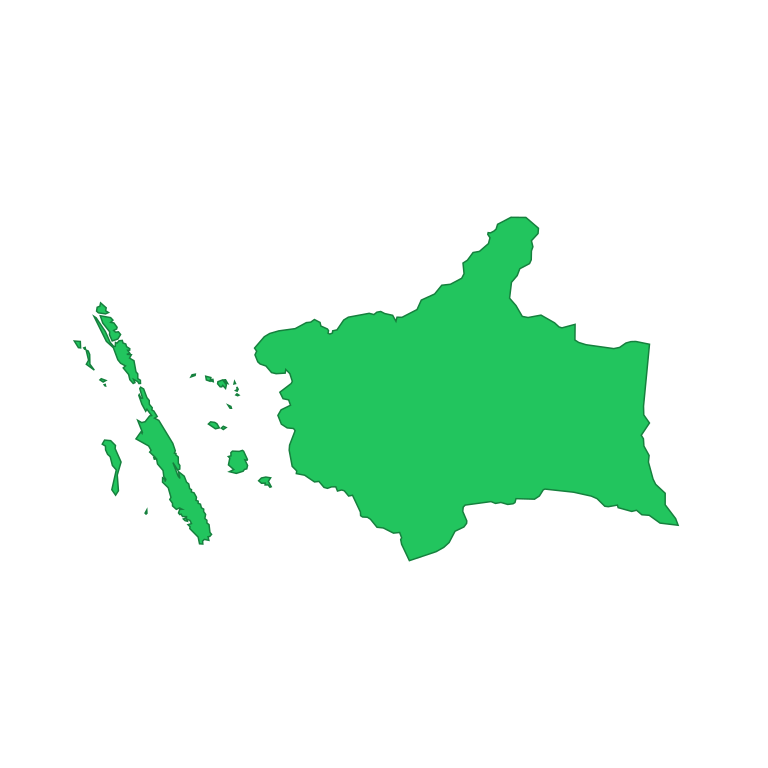 Hai Ha, Quảng Ninh, Vietnam (Equal Earth projection), rotated 99°
{"feature_id": "81297802B53592665760601", "entity_name": "Hai Ha", "entity_type": "district", "adm_level": 2, "iso_a3": "VNM", "parent_name": "Vietnam", "parent_adm1": "Quảng Ninh", "projection": "equal_earth", "projection_center": [107.715, 21.448], "detail": "fine", "context": "isolated", "style": "filled", "palette": "green", "viewbox_px": 768, "rotation_deg": 99, "n_neighbors": 0, "source": "geoboundaries", "source_scale": "gbopen_adm2", "svg_char_len": 6189}
<svg xmlns="http://www.w3.org/2000/svg" viewBox="0 0 768 768"><g transform="rotate(99 384 384)"><path d="M218.2,304.8L220.0,304.9L223.0,302.2L229.0,302.8L238.1,310.5L240.2,316.6L248.7,321.0L252.2,324.9L262.5,322.2L267.4,323.8L275.1,334.0L277.4,342.4L287.2,348.1L295.3,360.3L305.3,363.0L315.3,376.6L316.0,381.6L320.2,382.0L314.8,386.2L314.3,394.3L312.9,398.6L314.2,402.3L317.0,404.8L316.5,409.7L323.6,429.7L327.1,433.8L337.9,438.9L339.5,443.0L341.7,442.9L343.2,445.3L342.6,447.2L340.0,447.1L338.5,448.5L336.6,455.4L333.2,456.8L331.2,462.8L334.4,466.1L335.5,470.3L343.2,480.4L348.0,496.3L352.0,504.8L356.0,509.6L368.8,517.5L371.5,514.9L375.4,516.0L381.9,512.1L383.6,509.5L384.7,503.4L390.3,496.9L390.7,492.2L388.7,483.3L385.0,483.3L388.5,478.6L395.7,475.0L398.0,475.7L408.4,485.6L414.3,481.4L414.6,475.7L419.6,473.0L425.6,481.6L431.6,483.9L439.7,479.1L442.5,472.8L442.1,466.4L444.0,464.5L459.1,467.7L464.2,467.3L479.7,461.8L483.5,456.6L486.2,456.6L486.5,448.1L491.6,437.3L490.4,433.0L495.5,427.1L495.9,423.5L493.8,419.7L493.1,415.5L497.0,413.2L495.3,409.2L495.7,406.5L500.2,401.4L498.8,397.7L514.1,387.3L517.7,386.5L518.7,384.4L518.2,379.5L519.7,376.2L526.6,368.5L526.3,362.2L529.8,351.3L528.2,345.3L533.2,342.5L535.0,343.2L539.6,341.5L554.5,331.3L541.4,306.2L535.9,299.3L530.4,294.9L518.3,290.8L512.7,282.7L508.7,280.6L506.3,280.8L497.5,286.3L493.2,286.5L490.9,284.9L483.4,259.9L484.5,255.2L482.7,250.0L483.6,243.0L482.1,237.8L480.6,236.1L476.6,235.7L474.2,217.3L470.3,213.0L463.5,210.1L462.6,208.5L461.2,179.8L462.3,161.7L463.9,155.6L470.2,146.8L470.1,143.3L467.1,134.5L469.5,133.4L471.1,119.4L469.2,114.8L472.8,108.9L472.2,101.5L478.2,89.6L477.5,71.4L471.3,74.9L459.3,87.4L447.9,89.2L440.6,100.0L435.8,103.4L419.8,110.6L413.1,111.0L404.6,117.6L397.5,119.2L394.4,121.9L381.0,115.7L373.9,122.6L365.3,124.2L303.2,128.0L302.6,142.0L303.5,146.7L305.7,151.5L311.0,157.0L313.1,162.6L313.6,190.6L312.5,198.2L310.7,202.3L295.2,204.6L300.7,217.0L300.3,220.0L296.9,225.1L291.4,239.7L295.8,252.1L295.6,258.0L285.9,265.9L279.6,273.4L263.6,274.0L256.1,269.4L248.9,267.9L242.3,259.1L238.3,258.0L229.5,259.2L225.2,258.4L219.4,260.8L211.3,255.4L206.0,255.8L197.3,269.9L199.5,284.7L208.5,296.8L213.5,297.5L215.8,299.4L218.1,302.5L218.2,304.8ZM562.3,533.9L561.9,532.3L559.5,530.8L557.8,532.7L550.3,534.8L548.9,537.2L546.3,537.6L544.9,539.9L540.7,539.8L538.2,542.2L535.8,542.5L534.8,545.0L531.4,546.5L530.9,548.9L528.8,549.2L528.3,551.5L525.2,551.5L521.2,554.6L520.7,557.4L518.5,557.6L517.7,559.6L513.3,561.2L511.8,563.7L506.3,566.9L502.7,573.3L509.2,570.8L506.9,573.1L494.6,580.2L501.3,574.3L500.0,572.4L496.4,572.9L494.5,574.7L488.3,575.8L486.6,578.5L485.2,578.6L485.1,580.2L482.6,579.7L475.7,583.3L455.2,600.7L453.6,605.3L451.6,602.9L446.7,607.1L445.9,609.2L443.7,609.2L440.7,612.6L437.0,613.3L434.5,616.1L426.5,620.6L425.2,623.9L426.8,624.5L435.7,620.3L436.1,621.8L432.7,624.1L433.6,624.4L441.8,620.0L448.2,615.1L446.0,614.2L451.5,608.6L452.2,610.5L458.6,614.0L460.0,617.3L458.4,621.6L469.6,615.0L470.7,615.2L469.3,616.6L477.0,620.4L482.0,606.8L485.9,603.7L487.9,604.8L492.5,598.1L493.4,598.2L493.0,599.7L494.2,599.1L493.6,596.9L498.4,595.2L504.0,588.7L509.9,587.0L512.2,584.6L514.7,584.9L512.4,585.6L511.3,588.0L515.6,587.4L520.2,580.9L529.3,576.7L531.6,577.5L534.8,574.3L537.5,573.8L540.3,569.5L538.4,566.6L539.3,563.8L539.8,566.1L543.5,566.8L544.9,565.3L544.3,564.0L546.4,562.3L545.9,558.3L547.0,558.2L548.7,561.1L550.1,559.1L550.3,556.7L548.4,557.8L549.1,554.3L552.0,552.3L553.6,555.6L555.3,553.2L557.2,553.2L564.3,543.6L570.7,541.2L570.4,537.9L567.5,538.6L565.6,537.2L565.8,532.5L562.3,533.9ZM420.1,627.7L421.9,626.1L421.5,624.6L418.4,625.2L417.2,628.0L412.5,628.8L410.7,630.9L400.1,634.6L398.2,639.4L394.6,638.1L394.9,642.7L393.5,639.8L390.8,642.5L390.4,640.5L388.9,640.6L387.4,644.1L384.9,645.3L384.3,648.2L381.9,649.3L382.7,652.4L385.4,654.1L385.0,655.7L388.9,655.3L389.2,656.8L385.7,661.0L375.8,667.4L363.7,678.6L362.6,681.0L385.3,664.9L390.5,657.0L401.7,650.7L404.7,647.4L406.6,642.2L408.9,644.1L414.6,637.7L419.5,635.7L422.7,631.8L421.6,630.2L418.6,632.1L420.1,627.7ZM535.8,631.7L531.0,629.6L515.6,633.2L502.2,631.5L489.8,639.5L486.7,639.6L482.7,645.1L483.1,651.2L487.5,652.9L488.9,649.4L492.6,648.7L496.7,646.0L498.6,643.1L507.0,639.5L510.7,635.0L531.0,636.3L535.8,631.7ZM492.2,509.5L490.2,508.5L489.3,506.3L485.8,506.0L480.6,509.6L480.7,507.3L479.9,507.1L472.4,512.1L471.7,513.4L473.2,516.4L474.0,523.2L475.8,524.5L478.9,523.9L480.0,526.4L481.3,524.7L488.2,525.0L492.0,519.0L494.8,523.0L495.4,515.9L492.2,509.5ZM384.0,659.2L381.2,653.9L376.3,651.9L374.0,654.5L374.8,657.3L373.4,659.4L371.5,656.7L369.7,656.5L365.9,660.4L365.9,663.6L363.3,661.7L361.2,664.4L361.0,674.9L367.8,671.3L375.4,663.1L378.4,662.8L384.0,659.2ZM358.3,670.0L356.5,667.3L355.2,670.4L352.2,670.3L348.2,676.6L351.6,676.8L353.1,679.3L357.0,679.3L358.4,677.2L358.3,670.0ZM501.8,482.6L503.8,480.5L503.1,479.3L498.2,483.0L494.4,481.3L494.4,486.2L496.0,490.4L499.2,492.7L501.2,489.5L500.5,485.8L502.3,485.7L501.8,482.6ZM411.1,681.1L415.6,672.3L410.4,677.6L400.9,679.3L397.7,681.3L397.1,683.5L406.7,679.5L411.1,681.1ZM451.0,551.2L454.6,543.5L453.1,539.8L449.4,542.8L448.4,545.2L448.5,549.3L451.0,551.2ZM409.8,548.4L412.4,545.4L412.2,543.8L410.6,543.1L413.2,539.8L409.4,539.5L405.2,544.0L407.7,548.4L409.8,548.4ZM395.8,689.3L389.5,690.6L390.0,696.6L395.9,691.5L395.8,689.3ZM407.8,560.1L408.5,556.3L404.7,556.0L404.2,561.3L407.8,560.1ZM424.4,665.2L426.0,661.7L424.0,659.2L423.0,664.1L424.4,665.2ZM453.0,537.8L454.1,535.6L451.7,533.1L450.9,536.1L453.0,537.8ZM407.2,575.8L405.1,571.9L403.8,571.9L404.9,575.0L407.2,575.8ZM548.9,599.8L549.7,598.7L548.8,597.9L545.5,598.6L548.9,599.8ZM404.9,542.4L407.6,540.2L407.9,538.5L404.6,541.2L404.9,542.4ZM429.2,534.8L432.0,532.3L431.8,530.9L430.1,531.7L429.2,534.8ZM414.1,527.9L412.0,527.2L409.9,528.9L412.4,528.2L413.7,529.6L414.1,527.9ZM408.1,555.0L408.4,553.0L406.2,553.7L406.6,555.0L408.1,555.0ZM418.0,528.6L418.5,526.7L417.7,525.5L416.7,527.7L418.0,528.6ZM395.3,686.2L396.4,685.2L396.5,684.2L394.6,684.9L395.3,686.2ZM407.4,532.2L406.8,530.7L404.9,532.0L407.4,532.2ZM428.5,660.3L429.4,659.4L429.5,658.7L428.0,659.3L428.5,660.3Z" fill="#22c55e" stroke="#15803d" stroke-width="1.5"/></g></svg>